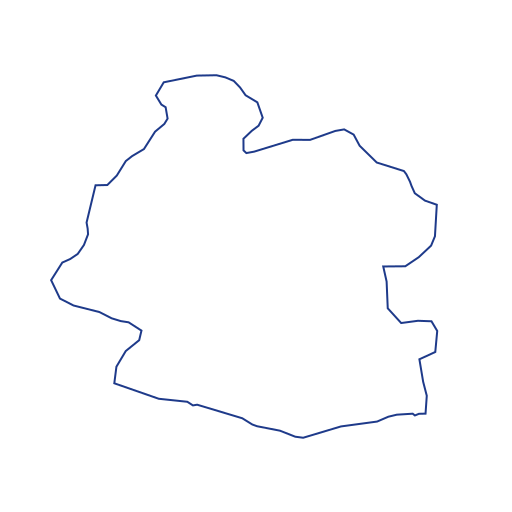 Kastamonu, Mercator projection, rotated 191°
{"feature_id": "TUR-2270", "entity_name": "Kastamonu", "entity_type": "Province", "adm_level": 1, "iso_a3": "TUR", "parent_name": "Turkey", "parent_adm1": "", "projection": "mercator", "projection_center": [33.677, 41.441], "detail": "fine", "context": "isolated", "style": "outline", "palette": "blue", "viewbox_px": 512, "rotation_deg": 191, "n_neighbors": 0, "source": "natural_earth", "source_scale": "10m", "svg_char_len": 1266}
<svg xmlns="http://www.w3.org/2000/svg" viewBox="0 0 512 512"><g transform="rotate(191 256 256)"><path d="M59.5,133.6L65.9,132.2L69.6,129.8L72.1,131.1L87.5,127.1L95.4,123.5L105.5,116.6L140.1,104.9L175.0,86.6L183.0,86.1L199.2,89.1L222.5,89.1L227.5,89.9L238.5,94.1L285.4,98.8L289.4,97.3L295.6,99.8L324.2,97.3L370.8,104.0L371.9,120.7L365.7,137.9L354.6,151.1L354.2,160.9L368.4,166.6L376.3,166.3L385.8,167.3L399.0,171.1L425.7,172.6L440.3,176.8L452.5,193.2L444.9,212.6L437.8,217.6L431.4,224.0L427.0,234.0L425.0,245.3L426.5,250.8L428.7,256.5L427.0,294.8L415.5,297.3L408.0,308.4L401.9,324.4L396.7,330.4L386.4,339.6L378.8,358.8L371.2,368.1L369.0,374.0L373.1,384.8L377.8,386.6L384.9,394.4L379.7,408.9L348.5,421.8L329.3,425.9L320.2,425.5L311.2,423.6L303.8,418.4L296.9,411.8L284.0,407.1L275.8,393.0L278.3,384.4L284.0,378.1L290.7,368.7L288.4,357.3L285.1,355.2L277.7,358.1L242.1,377.1L225.1,380.3L202.0,393.9L193.6,397.1L183.3,393.8L175.3,384.0L155.3,370.8L127.0,367.6L124.0,364.9L119.0,358.3L116.8,354.6L112.1,347.9L100.7,342.6L88.3,340.8L84.1,309.5L86.1,299.6L96.0,285.9L107.5,274.4L129.1,270.0L122.9,255.8L116.7,229.8L100.7,217.9L84.7,223.3L71.3,225.4L63.8,217.0L61.7,196.0L75.9,185.8L67.9,164.4L61.7,151.4L59.5,133.6Z" fill="none" stroke="#1e3a8a" stroke-width="2"/></g></svg>